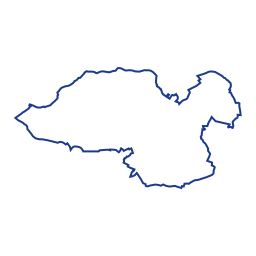 the district of Sanmihaiu De Campie, Bistrita-Nasaud, Romania
{"feature_id": "2599482B31032978484470", "entity_name": "Sanmihaiu De Campie", "entity_type": "district", "adm_level": 2, "iso_a3": "ROU", "parent_name": "Romania", "parent_adm1": "Bistrita-Nasaud", "projection": "robinson", "projection_center": [24.329, 46.892], "detail": "fine", "context": "isolated", "style": "outline", "palette": "blue", "viewbox_px": 256, "rotation_deg": 0, "n_neighbors": 0, "source": "geoboundaries", "source_scale": "gbopen_adm2", "svg_char_len": 5674}
<svg xmlns="http://www.w3.org/2000/svg" viewBox="0 0 256 256"><path d="M214.7,167.1L213.7,166.3L213.0,165.9L212.1,165.6L211.7,165.3L211.9,164.7L212.1,162.6L207.2,160.8L208.2,158.7L209.3,156.5L209.6,155.3L210.0,154.4L210.0,154.2L210.0,153.6L209.7,153.2L209.1,152.3L208.9,151.9L208.8,151.7L208.4,151.4L208.1,150.8L208.0,149.7L208.1,149.3L208.2,148.8L206.7,145.9L205.7,144.1L205.2,143.4L203.4,141.9L202.8,140.2L202.1,139.5L201.6,139.1L201.0,138.6L201.3,137.8L201.1,137.2L200.8,136.6L201.7,135.3L201.8,133.0L202.1,131.9L202.3,131.0L202.4,129.4L203.9,129.8L204.9,129.4L205.0,129.2L204.0,128.5L203.3,127.6L203.2,127.4L203.0,126.0L207.4,126.1L208.4,122.9L210.7,119.0L211.6,117.0L215.6,121.2L229.6,124.4L228.2,126.7L228.2,127.2L228.5,127.4L229.9,126.9L230.6,126.9L231.8,127.3L231.8,127.6L232.6,127.9L233.0,126.9L233.3,126.2L232.8,122.9L232.8,122.0L232.8,121.6L235.0,119.3L236.1,118.4L237.0,118.0L237.3,117.8L237.7,116.5L237.8,115.7L237.7,114.8L240.6,115.1L240.2,111.1L239.4,106.8L239.3,105.4L239.4,103.4L238.4,102.8L236.9,102.9L236.5,102.8L235.7,102.9L235.5,102.5L235.1,101.4L234.3,99.1L233.3,97.2L233.0,96.7L232.4,96.0L231.7,94.6L230.8,92.6L230.1,92.5L229.5,92.3L229.8,91.2L230.2,90.1L229.2,89.6L230.6,87.2L230.9,85.1L230.5,83.0L229.6,82.2L228.7,81.6L228.7,81.2L228.1,80.5L227.9,80.4L227.3,80.2L226.5,79.6L225.1,78.1L223.8,77.7L223.1,77.0L222.6,76.3L222.0,76.0L221.4,75.5L215.0,71.9L211.0,71.4L208.3,71.9L206.8,72.7L204.8,73.5L199.4,75.3L198.2,75.6L197.4,75.9L200.4,79.3L198.5,80.5L200.3,82.9L196.4,85.9L188.4,89.9L189.4,91.5L189.8,92.2L189.8,92.8L189.5,93.3L188.9,94.4L188.7,94.8L188.5,95.8L187.9,96.5L187.8,97.0L187.6,97.6L187.3,98.3L186.9,98.7L186.4,99.1L183.0,100.4L182.0,101.2L179.2,104.0L178.9,103.0L178.3,102.3L176.4,101.8L175.6,101.4L176.5,100.4L177.1,100.0L177.6,99.2L177.8,98.4L177.8,97.4L177.7,96.6L176.1,94.1L175.5,94.5L175.4,94.7L175.2,94.6L174.9,95.0L174.2,95.4L173.5,95.4L172.9,95.0L172.5,95.0L172.1,95.1L171.8,95.3L170.0,98.0L169.6,98.7L167.3,97.2L168.2,95.7L169.0,94.8L168.2,94.2L167.5,95.0L166.4,96.6L163.4,94.6L163.5,94.5L163.3,94.3L162.5,93.4L161.9,92.4L161.7,91.8L161.6,90.8L161.4,90.4L160.8,89.6L160.9,89.4L160.9,89.1L160.7,88.9L160.2,88.9L159.8,88.5L159.6,88.1L158.4,87.0L157.5,86.7L156.8,86.1L156.7,85.9L157.1,85.1L156.8,84.9L156.0,82.4L156.1,79.4L156.3,78.5L156.3,78.1L156.3,77.2L156.6,76.6L156.6,76.1L156.4,75.7L155.8,75.0L155.3,74.3L152.8,71.9L152.3,71.7L151.8,71.3L151.4,71.1L150.4,70.6L149.3,70.4L148.5,70.3L147.8,70.2L146.7,70.4L144.9,70.2L144.3,70.2L143.5,70.4L142.8,70.7L142.0,70.9L140.9,71.1L139.8,71.6L139.3,71.6L136.6,71.5L134.7,71.3L133.6,70.9L132.5,70.5L131.5,70.4L129.2,70.2L128.1,70.3L126.2,70.5L125.1,70.4L121.9,68.7L120.6,68.3L119.4,68.1L118.2,68.0L117.5,68.4L116.8,69.1L116.1,70.2L115.4,70.8L113.6,70.9L112.2,71.3L110.9,71.8L109.8,72.2L108.3,72.2L103.5,71.4L101.8,71.4L100.7,71.6L98.6,72.4L97.1,73.2L95.6,72.9L94.7,72.1L93.4,71.8L92.5,71.7L90.7,71.6L88.8,71.6L88.2,71.7L86.4,71.2L86.1,71.5L85.3,72.2L84.9,72.4L84.7,72.4L84.6,72.7L84.2,73.1L84.2,73.4L83.7,74.0L80.2,77.8L79.8,78.0L78.7,77.8L77.8,78.7L77.7,79.1L77.5,79.3L76.5,80.2L74.6,81.0L74.4,81.6L73.4,82.6L73.3,82.8L73.1,83.1L72.8,83.3L71.2,84.3L70.0,85.1L69.0,85.6L67.9,85.9L65.0,86.4L63.4,87.1L61.8,87.7L61.5,87.9L61.3,88.0L60.8,88.6L59.9,89.5L58.7,91.3L57.9,92.0L57.6,92.1L57.4,92.4L57.4,92.9L58.2,94.7L57.9,95.3L57.7,95.4L57.5,95.7L57.4,96.0L57.6,97.5L57.5,98.2L57.4,98.4L56.0,99.9L54.4,101.5L53.5,102.2L50.8,104.7L50.2,105.3L49.6,105.5L47.0,106.3L45.1,107.1L44.7,107.2L44.3,107.0L44.0,106.6L43.7,106.6L43.1,106.7L40.8,107.5L39.3,107.6L37.6,107.5L35.8,106.9L33.3,105.6L29.8,104.4L29.4,105.1L29.6,105.2L30.5,106.5L29.5,107.0L29.0,107.8L28.8,108.4L24.4,111.6L23.1,112.2L20.9,114.0L15.4,117.9L17.1,119.4L18.7,120.6L21.6,122.0L22.7,122.7L23.4,123.1L24.2,124.1L25.8,124.8L26.3,125.2L26.5,125.6L27.2,126.8L27.5,129.4L28.4,130.2L31.7,134.4L32.8,136.1L35.5,138.3L36.1,138.4L36.9,138.7L39.1,139.2L40.0,139.3L40.5,139.2L41.5,139.3L42.4,139.3L47.8,140.3L49.8,140.8L56.0,142.3L57.3,142.7L58.0,142.7L58.7,142.4L59.7,141.9L60.4,141.9L61.5,142.0L62.9,142.5L63.8,143.0L64.8,143.7L65.8,144.5L67.4,143.3L70.0,147.0L70.7,149.9L72.2,147.8L73.4,146.8L74.5,146.4L77.5,146.7L78.3,146.9L79.4,147.2L80.7,147.8L81.3,148.3L81.7,148.8L82.0,149.2L82.2,149.7L82.7,150.2L83.0,150.6L83.2,151.4L98.6,151.4L99.2,150.9L99.4,150.4L99.7,150.3L100.6,150.2L101.6,150.2L105.7,149.8L107.3,149.7L108.3,149.8L110.2,150.3L110.2,149.5L113.3,149.7L116.0,150.0L116.6,150.5L118.8,152.3L119.3,151.8L120.2,150.6L120.7,149.8L120.8,149.3L120.7,148.8L121.1,148.3L122.8,149.5L123.8,150.9L124.7,150.4L128.6,148.5L129.2,149.4L131.3,148.4L132.9,153.0L131.0,153.5L130.8,153.6L129.9,155.3L128.4,156.3L127.6,156.7L126.7,156.5L126.2,157.5L126.0,157.8L125.4,158.0L124.7,158.1L124.4,158.4L124.5,158.9L124.5,159.1L124.4,159.3L124.2,159.5L123.9,159.6L123.8,159.9L124.1,160.3L124.1,160.8L124.0,161.6L123.6,162.6L128.4,165.1L127.7,166.5L130.0,167.7L134.2,169.3L133.3,170.1L133.9,170.6L131.9,172.2L130.3,176.7L132.9,176.2L135.0,175.0L136.8,173.0L140.6,178.7L143.0,183.1L145.6,184.2L145.8,186.0L146.4,186.2L147.5,186.3L148.2,186.2L148.8,186.0L150.0,185.6L151.2,185.3L154.7,184.7L155.6,184.6L156.5,184.7L158.9,185.1L159.9,185.4L160.7,185.7L163.2,184.5L166.3,185.9L168.7,186.4L170.2,186.5L171.8,186.3L174.7,185.9L175.6,186.1L177.7,186.9L180.6,187.7L181.3,188.0L182.0,186.1L183.7,186.5L184.5,183.7L185.8,183.8L186.0,183.6L187.3,183.5L188.8,183.8L190.3,182.7L192.0,181.7L193.8,180.7L195.3,180.1L196.8,180.1L197.7,179.9L199.9,179.4L201.3,178.8L202.0,178.7L203.5,178.1L206.8,177.1L207.9,176.6L209.3,176.1L212.1,174.8L212.8,174.2L213.4,173.4L213.5,172.9L213.6,171.4L213.8,170.1L214.6,167.9L214.7,167.1Z" fill="none" stroke="#1e3a8a" stroke-width="2"/></svg>